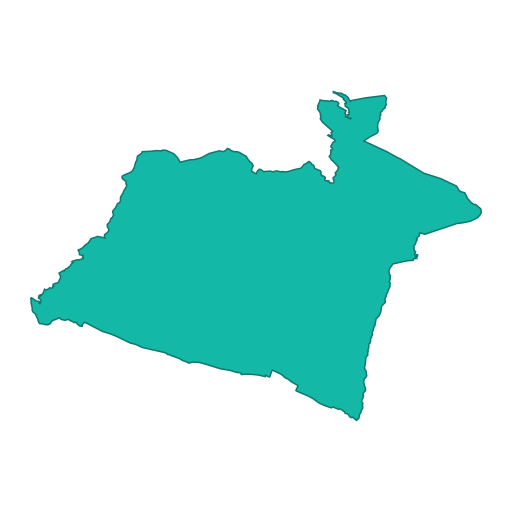 outline of Hurezani, Gorj, Romania
{"feature_id": "2599482B54344655649638", "entity_name": "Hurezani", "entity_type": "district", "adm_level": 2, "iso_a3": "ROU", "parent_name": "Romania", "parent_adm1": "Gorj", "projection": "robinson", "projection_center": [23.638, 44.803], "detail": "fine", "context": "isolated", "style": "filled", "palette": "teal", "viewbox_px": 512, "rotation_deg": 0, "n_neighbors": 0, "source": "geoboundaries", "source_scale": "gbopen_adm2", "svg_char_len": 6024}
<svg xmlns="http://www.w3.org/2000/svg" viewBox="0 0 512 512"><path d="M356.4,420.4L358.8,418.4L359.6,414.4L361.0,412.3L361.6,410.0L362.6,408.4L362.8,406.9L362.3,405.8L362.9,403.3L361.5,401.4L363.5,396.4L363.0,394.0L363.1,393.3L365.5,390.7L365.4,387.7L364.8,387.0L363.6,381.8L364.4,378.7L365.8,377.5L366.7,375.8L366.0,370.9L364.9,369.3L364.5,367.4L365.3,364.5L365.8,358.0L366.7,356.2L367.8,355.3L367.7,352.9L368.1,351.7L367.9,350.4L368.6,348.1L368.9,345.8L368.7,344.2L370.2,342.8L370.7,340.0L370.4,338.7L371.6,337.4L371.5,336.4L372.6,334.4L372.1,333.6L372.5,331.6L373.6,329.0L373.6,327.6L374.9,325.5L376.1,318.8L378.9,316.0L380.2,313.4L381.0,310.7L381.7,305.9L384.8,303.0L385.3,302.1L384.9,299.0L386.5,295.4L386.4,294.0L387.5,292.7L388.2,290.3L389.9,286.8L390.2,283.0L389.2,281.9L390.0,279.9L390.4,275.5L389.4,274.4L388.9,271.6L389.3,269.5L390.3,267.3L391.4,266.3L392.7,264.0L407.4,260.7L413.0,260.4L413.8,258.7L415.7,258.6L415.2,257.3L415.7,257.0L416.6,257.6L416.2,256.6L417.4,256.4L417.7,254.9L417.0,254.5L415.3,255.5L414.3,254.1L415.2,253.3L415.6,251.8L414.6,250.7L413.8,248.9L414.2,248.1L413.9,246.9L414.2,245.6L415.4,244.0L416.3,241.1L417.1,239.9L416.5,239.3L416.5,238.9L417.2,238.4L417.4,237.3L419.0,236.1L419.5,235.1L419.5,233.1L421.8,233.3L424.8,234.3L456.9,223.5L462.2,222.9L470.1,221.3L477.5,217.8L480.1,214.8L481.3,212.7L480.9,209.4L480.5,208.6L475.5,204.4L474.0,204.5L471.5,202.9L467.6,198.5L464.7,192.7L462.1,192.1L459.2,190.7L456.6,186.1L440.7,178.6L423.8,173.2L399.5,158.4L398.8,158.3L385.9,151.2L363.8,141.0L369.8,136.9L376.9,133.3L378.2,131.1L377.6,127.2L377.7,124.5L378.3,121.9L379.8,119.6L380.0,118.1L379.6,116.5L380.7,115.2L380.6,112.4L381.9,111.4L382.6,109.9L385.2,107.8L385.4,105.9L385.8,105.1L386.4,104.8L385.7,102.3L386.6,98.1L384.5,95.5L365.3,97.9L350.6,100.7L351.3,101.6L349.6,100.7L348.1,97.5L345.0,94.9L343.3,94.7L342.7,93.9L341.0,93.2L336.7,92.8L333.3,91.6L333.4,92.6L336.3,93.7L343.1,97.9L343.7,98.7L343.4,99.2L346.4,102.4L346.1,103.4L345.5,103.0L344.8,103.7L345.3,105.1L345.1,105.8L346.2,107.0L347.3,107.4L348.7,109.0L349.2,111.8L348.6,112.2L349.1,112.5L349.5,113.3L349.0,114.0L349.0,114.5L347.7,114.7L347.4,116.9L348.9,118.0L351.6,118.4L350.2,118.9L345.4,116.5L346.0,114.5L344.8,113.2L345.4,112.3L345.5,111.5L346.2,110.7L337.8,106.1L337.4,105.3L338.4,104.6L338.8,103.4L337.9,102.3L335.9,101.2L334.5,101.6L332.3,100.4L330.9,100.6L330.7,101.2L329.6,101.5L328.6,100.9L325.1,100.9L320.0,100.0L319.8,101.3L317.7,105.9L317.9,106.8L317.5,109.0L319.7,111.9L320.5,114.0L320.3,115.1L320.8,115.7L321.0,116.7L320.4,117.9L320.5,119.6L321.1,119.9L322.3,122.0L332.7,131.3L331.1,132.5L332.0,136.0L328.4,134.9L327.8,135.5L334.6,139.6L335.1,140.6L334.8,141.3L333.1,142.2L330.8,146.4L330.9,146.9L332.5,148.3L332.0,149.9L330.9,149.9L330.6,154.8L329.2,156.3L331.9,160.4L332.4,160.5L338.6,167.2L338.1,168.1L338.1,169.5L335.2,173.0L335.7,173.8L335.9,175.2L333.0,178.0L334.1,181.3L333.5,182.7L332.5,183.3L330.7,182.8L330.0,183.0L329.8,182.3L328.4,181.6L328.7,180.8L325.3,180.6L324.8,180.2L324.6,179.3L325.3,178.4L325.1,177.2L324.1,176.4L321.7,175.5L320.8,173.8L321.1,172.4L320.4,170.8L314.7,168.5L313.7,165.3L312.0,164.5L311.1,163.1L309.3,161.5L307.6,162.2L306.2,163.6L304.1,164.4L301.2,168.1L293.7,169.8L288.8,171.4L285.7,171.9L284.0,171.9L283.2,171.5L281.1,171.8L276.2,170.9L272.9,171.9L270.1,171.1L263.5,171.6L260.8,169.5L259.4,169.3L259.0,169.4L258.3,170.5L257.6,170.7L256.2,173.8L251.6,171.4L251.8,168.8L253.1,166.1L252.9,164.9L252.1,163.5L250.1,161.8L247.5,158.7L246.4,156.5L239.4,152.4L237.5,151.8L233.8,151.6L230.8,150.4L229.7,149.2L227.3,148.5L226.1,150.1L223.9,151.4L222.4,151.5L219.4,150.8L209.4,153.4L201.5,157.6L198.0,158.7L193.8,159.6L189.5,159.9L180.2,162.2L177.5,157.6L173.9,153.8L166.1,150.3L162.3,150.1L161.9,150.9L156.0,150.6L151.4,151.2L142.3,151.7L141.3,153.6L137.4,156.2L136.8,160.2L135.6,162.3L134.3,167.3L132.5,170.8L130.4,172.4L123.6,175.2L122.1,176.3L122.0,177.7L122.4,178.6L126.0,181.6L126.2,182.4L125.9,183.9L126.6,184.8L126.6,186.3L123.5,191.3L123.0,193.0L120.5,197.2L120.4,200.9L119.9,202.1L118.9,203.1L117.6,203.5L115.5,207.8L112.7,211.1L112.7,212.2L113.6,215.2L112.9,216.0L112.4,217.3L110.9,218.4L109.9,221.5L107.2,224.6L107.4,227.1L108.8,229.2L108.8,230.8L106.6,233.2L104.6,234.6L104.4,236.6L105.0,238.0L97.9,236.4L91.0,238.7L88.3,242.9L86.1,244.4L85.6,245.2L84.8,245.3L83.1,247.5L80.1,249.3L78.2,249.9L78.2,250.4L79.4,252.5L79.4,254.7L83.2,255.5L82.5,257.1L83.4,257.7L83.1,258.6L79.2,259.8L76.7,259.9L72.4,261.2L71.8,261.8L73.0,262.6L71.2,264.1L70.2,265.9L68.3,267.5L67.1,268.5L65.5,269.0L64.4,270.8L63.6,270.5L59.0,273.1L60.7,276.6L60.2,278.7L59.6,279.4L58.3,282.6L54.5,283.6L54.2,284.2L53.1,284.3L53.0,285.3L53.7,286.3L52.7,286.6L52.6,287.8L51.9,288.2L49.5,287.8L49.0,288.8L45.9,289.9L44.6,289.2L43.0,293.3L41.4,295.4L40.5,296.1L40.6,294.8L39.1,295.5L38.5,298.1L40.4,299.4L41.1,300.5L40.1,303.6L39.3,303.4L39.6,302.0L38.8,301.2L37.8,301.5L37.2,301.3L35.1,300.3L32.8,298.5L31.1,297.8L31.0,298.1L30.7,299.2L31.4,300.3L31.0,302.2L32.2,307.9L32.2,310.4L33.1,312.1L35.2,313.7L37.8,319.3L38.6,322.1L39.7,323.6L42.5,323.8L46.0,324.8L48.4,324.6L50.5,323.5L51.1,321.9L52.5,320.7L59.1,317.9L60.3,318.5L61.1,319.4L64.8,320.3L68.7,319.3L69.5,320.2L73.1,321.9L73.7,322.5L76.6,322.5L77.2,324.0L79.9,326.1L82.2,326.4L82.5,324.3L84.7,322.2L102.4,331.4L110.1,333.8L116.4,336.3L129.9,342.9L136.0,344.5L142.3,347.5L164.8,352.6L166.7,353.5L167.6,354.6L168.5,354.5L179.5,358.6L182.6,360.5L187.6,362.3L188.9,363.2L192.3,362.1L198.1,362.3L201.6,363.0L220.6,368.8L229.6,370.3L237.7,372.7L238.1,372.3L240.7,373.1L241.3,374.5L246.0,374.2L252.2,374.4L258.1,375.0L265.2,376.6L265.4,375.3L269.5,377.0L270.1,376.1L271.4,372.0L272.5,370.1L281.4,374.4L285.5,378.0L286.4,378.5L287.2,378.4L291.3,381.8L297.8,385.5L297.8,386.3L295.9,390.4L296.4,391.0L308.3,396.1L312.7,398.4L319.3,403.2L323.9,405.3L331.4,407.9L332.8,406.9L338.6,409.4L339.7,408.9L340.7,409.1L344.8,412.1L345.1,413.4L347.2,413.7L348.2,414.4L349.6,416.7L351.6,417.7L352.7,417.2L356.4,420.4Z" fill="#14b8a6" stroke="#0f766e" stroke-width="1.5"/></svg>